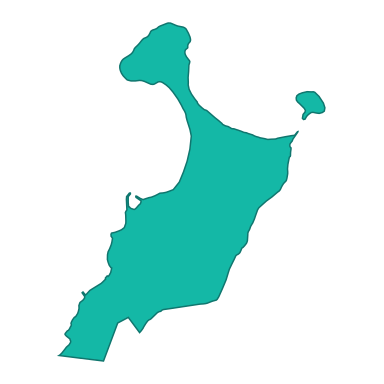 Seltjarnarnesbær, Reykjavík, Iceland (Mercator projection), rotated 90°
{"feature_id": "244011B41148599816454", "entity_name": "Seltjarnarnesbær", "entity_type": "district", "adm_level": 2, "iso_a3": "ISL", "parent_name": "Iceland", "parent_adm1": "Reykjavík", "projection": "mercator", "projection_center": [-22.008, 64.155], "detail": "fine", "context": "isolated", "style": "filled", "palette": "teal", "viewbox_px": 384, "rotation_deg": 90, "n_neighbors": 0, "source": "geoboundaries", "source_scale": "gbopen_adm2", "svg_char_len": 5306}
<svg xmlns="http://www.w3.org/2000/svg" viewBox="0 0 384 384"><g transform="rotate(90 192 192)"><path d="M332.6,244.4L330.7,242.7L328.3,241.0L326.7,240.2L323.5,238.2L320.9,236.3L319.8,234.9L319.4,233.9L318.8,233.0L312.6,226.6L311.7,225.0L311.3,223.2L310.4,222.3L309.9,221.6L309.5,220.3L308.6,213.9L307.3,205.3L304.1,184.0L303.9,180.8L303.6,178.5L303.2,176.8L301.2,171.7L300.1,167.7L299.3,166.8L296.7,165.2L293.3,163.7L289.1,161.8L285.3,160.2L279.8,157.9L273.2,155.9L269.1,154.6L263.9,152.1L259.3,149.8L256.2,148.4L255.4,147.9L254.7,146.9L254.4,146.1L253.3,144.7L252.6,144.1L250.5,143.1L248.7,142.4L248.1,142.1L247.4,141.0L245.7,139.4L243.4,137.6L242.3,137.1L240.7,136.6L234.6,136.2L234.0,136.2L232.9,136.1L231.5,135.6L230.5,135.0L229.8,134.6L229.1,134.3L228.0,133.9L226.5,133.4L225.6,132.9L223.9,131.9L223.0,131.3L219.0,129.6L215.7,128.5L209.8,126.4L207.7,125.1L200.9,117.5L196.9,112.0L192.2,106.5L191.0,104.8L190.3,104.2L189.4,103.6L187.0,102.5L185.5,101.7L183.6,100.5L182.1,99.1L181.1,98.1L180.2,97.6L178.3,97.1L175.5,96.6L173.7,96.3L171.8,96.3L171.6,96.3L168.9,96.5L164.4,96.1L159.3,95.1L157.1,94.6L156.7,94.1L156.3,93.7L155.3,93.5L153.9,93.5L152.0,93.4L149.1,93.0L148.7,93.0L147.9,93.0L147.7,93.1L147.0,93.8L146.5,94.1L145.4,94.2L144.2,94.1L143.5,93.7L142.5,93.0L141.9,92.5L141.2,91.9L139.0,91.0L132.2,86.3L131.6,86.1L131.7,86.5L135.3,89.4L135.6,92.1L136.7,98.5L138.2,106.2L139.0,108.4L139.1,110.1L139.2,112.8L139.4,115.5L139.4,116.5L138.8,118.8L138.7,119.1L137.7,124.4L137.3,125.1L136.6,127.8L135.9,129.6L134.9,131.4L133.5,135.9L132.8,137.5L132.4,140.1L131.3,142.7L130.3,145.5L129.6,147.7L129.3,148.6L128.8,150.1L128.7,151.9L128.5,152.6L128.0,153.3L127.2,154.7L126.6,155.7L125.8,158.7L124.4,161.4L123.4,162.1L122.4,163.3L121.0,164.9L120.9,165.0L117.9,168.8L113.3,174.1L110.5,177.3L110.0,178.6L109.7,179.7L107.6,182.3L105.2,184.9L103.2,186.5L102.1,186.7L98.8,189.3L95.6,191.5L94.0,192.6L89.3,194.9L84.9,195.8L82.5,195.7L77.5,195.9L71.6,195.4L65.0,195.1L63.2,194.5L62.8,194.4L61.5,194.2L60.6,194.6L59.5,195.5L57.9,196.7L57.2,197.3L55.0,198.5L53.2,199.1L51.6,199.1L50.1,198.7L49.4,198.1L48.7,197.3L48.0,196.4L47.2,196.2L46.3,196.3L44.7,196.1L44.2,195.8L43.4,195.4L41.7,193.9L40.4,193.5L39.2,193.5L37.0,194.0L33.2,195.6L29.0,197.9L27.8,199.3L27.1,200.9L26.6,203.4L26.0,206.4L25.2,208.5L23.7,212.0L23.1,213.5L23.0,215.8L23.3,216.9L26.1,224.0L26.8,225.3L28.2,226.9L28.5,227.3L28.6,227.5L29.3,229.0L30.0,231.3L30.9,232.8L31.7,233.4L33.3,234.1L35.4,235.3L36.7,236.5L37.6,238.1L38.4,240.1L39.0,240.9L40.3,242.2L42.9,244.2L44.6,245.7L46.2,247.3L47.3,248.5L48.6,249.6L50.4,250.3L51.9,251.1L53.2,252.1L54.3,253.3L55.7,255.3L58.0,259.1L59.2,260.8L60.4,261.9L61.9,262.8L63.5,263.5L65.8,264.2L67.8,264.2L69.6,263.9L70.9,263.5L73.3,262.5L75.7,260.9L75.8,260.8L76.2,260.5L78.7,258.1L79.9,256.8L80.4,255.1L80.9,253.0L80.9,250.3L80.9,248.5L80.4,244.4L80.6,242.1L81.3,239.8L81.6,239.1L84.2,233.2L84.4,231.4L84.3,230.4L84.2,230.0L83.7,229.0L81.9,225.8L81.7,224.5L81.9,222.7L82.8,221.0L84.9,217.9L87.7,214.7L92.1,211.0L98.9,206.2L100.8,205.1L105.4,202.5L108.3,201.1L109.2,200.6L110.8,199.6L112.9,198.6L114.5,198.1L117.4,197.7L120.5,196.9L129.6,194.0L132.6,193.4L136.1,192.7L149.2,194.1L161.3,196.9L171.9,200.5L182.1,204.7L188.5,209.8L189.7,210.8L190.5,212.9L191.4,215.2L192.3,217.8L192.9,220.7L193.2,224.1L194.6,226.7L195.8,229.1L197.2,232.7L197.6,234.9L198.7,238.3L199.5,240.7L199.6,240.9L199.3,241.7L198.5,243.6L196.1,247.4L196.2,248.2L196.6,248.2L197.4,248.0L200.9,242.9L202.4,243.1L203.8,243.7L205.1,245.2L208.1,247.8L209.4,249.4L209.4,250.1L208.5,252.9L207.9,253.8L206.9,254.6L206.8,255.4L202.3,255.8L197.0,255.8L196.4,255.6L194.0,253.6L193.1,253.6L192.9,253.9L193.2,254.7L196.6,257.4L199.3,257.6L209.9,257.1L211.4,258.1L212.6,258.6L214.8,258.3L217.7,258.2L221.2,258.1L223.4,258.2L227.6,259.7L229.7,262.4L230.8,264.8L232.3,268.9L233.1,272.5L234.3,273.0L236.3,272.9L237.6,271.9L238.3,271.5L242.1,272.1L244.8,272.8L248.8,274.4L251.8,275.9L254.8,276.5L259.5,276.6L262.5,275.8L265.4,274.7L267.7,273.0L268.0,272.3L272.5,273.3L275.4,274.9L276.4,275.9L276.3,276.0L276.0,276.3L275.9,276.8L278.0,278.6L278.4,278.6L279.1,278.4L280.2,279.5L282.1,281.4L283.4,282.8L284.2,284.1L287.1,288.8L289.2,292.2L290.5,294.2L293.4,296.8L293.6,296.9L295.0,298.5L292.0,301.0L292.8,301.9L296.2,299.5L296.5,299.3L298.2,299.5L299.2,300.3L299.9,300.8L300.8,301.8L302.3,303.8L302.9,304.2L304.1,304.6L305.6,305.1L307.0,305.0L307.3,305.0L308.6,305.0L311.6,305.7L313.6,306.4L315.0,307.3L316.4,308.2L316.9,308.7L317.1,309.4L317.9,310.1L319.9,311.5L321.7,312.4L322.6,312.8L323.6,313.0L324.3,312.7L325.1,312.7L326.0,313.0L327.3,313.8L328.5,314.3L330.3,315.5L330.7,316.3L330.9,316.7L333.4,318.7L334.1,319.0L334.6,318.9L336.1,317.6L337.7,315.6L338.9,314.1L339.5,313.9L340.2,313.8L340.8,313.4L341.5,313.3L342.5,313.5L344.8,314.9L346.3,316.6L347.2,317.6L349.6,319.4L353.0,322.1L355.0,324.1L355.5,324.9L357.9,305.9L361.0,280.5L323.0,266.3L317.4,255.7L332.6,244.4ZM116.4,77.4L114.6,75.7L112.6,73.0L112.3,71.1L113.0,67.7L113.4,64.8L112.5,61.6L111.1,59.7L107.8,59.1L103.1,60.6L96.4,65.0L92.3,69.2L91.8,70.6L91.9,72.6L91.7,76.9L92.8,81.7L94.1,85.1L95.7,87.1L97.8,87.8L100.1,87.6L102.0,86.3L103.9,84.2L108.3,79.8L110.0,78.8L110.3,78.6L112.1,79.0L114.4,80.9L118.3,81.6L119.5,80.5L119.2,79.0L116.4,77.4Z" fill="#14b8a6" stroke="#0f766e" stroke-width="1.5"/></g></svg>